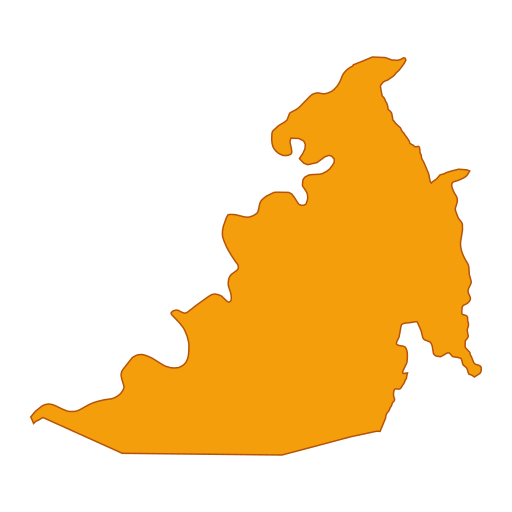 the district of Nichula, Geylegphug, Bhutan
{"feature_id": "84629894B33123696098059", "entity_name": "Nichula", "entity_type": "district", "adm_level": 2, "iso_a3": "BTN", "parent_name": "Bhutan", "parent_adm1": "Geylegphug", "projection": "natural_earth1", "projection_center": [89.979, 26.796], "detail": "fine", "context": "isolated", "style": "filled", "palette": "amber", "viewbox_px": 512, "rotation_deg": 0, "n_neighbors": 0, "source": "geoboundaries", "source_scale": "gbopen_adm2", "svg_char_len": 6060}
<svg xmlns="http://www.w3.org/2000/svg" viewBox="0 0 512 512"><path d="M372.4,57.0L362.4,61.2L353.3,64.8L352.7,66.1L350.1,67.4L347.5,69.3L345.1,71.6L343.1,74.2L342.1,76.2L340.5,80.4L338.9,83.4L337.1,86.2L334.1,89.4L331.6,91.4L327.6,93.1L324.5,93.8L322.5,93.7L318.3,92.9L316.2,93.0L313.1,94.0L311.3,95.1L308.9,97.4L300.5,106.0L298.2,108.2L295.4,110.0L290.7,112.4L289.8,113.1L289.3,114.0L287.3,119.4L286.8,120.3L284.2,122.3L279.6,125.0L277.8,126.3L273.0,130.8L272.4,131.7L271.9,133.8L271.7,139.6L272.0,143.0L272.8,146.3L273.8,148.3L275.8,151.0L278.2,153.1L280.1,154.2L283.1,155.4L285.2,155.6L288.3,155.3L290.4,154.4L291.2,153.6L291.7,152.8L291.8,151.7L291.3,148.2L290.1,142.6L290.0,141.5L290.9,138.2L299.0,138.5L303.7,141.0L305.3,144.2L305.0,148.6L303.0,153.2L299.4,158.6L301.7,161.1L304.0,163.3L307.7,164.7L317.0,162.6L324.9,156.8L328.9,155.4L331.6,156.1L334.2,159.0L334.2,162.2L332.6,165.1L329.6,169.0L325.9,171.9L325.0,172.1L323.1,173.3L320.1,174.2L312.1,174.6L308.9,175.0L305.2,176.9L303.7,178.6L303.1,179.6L302.8,180.6L302.4,185.2L302.7,186.2L305.8,190.8L306.9,192.8L307.5,195.0L307.7,198.4L307.2,200.6L306.1,203.8L305.3,204.5L304.4,205.0L303.4,205.3L301.3,205.3L299.3,204.5L298.5,203.9L294.3,197.3L292.3,194.7L291.6,193.9L288.7,192.4L277.2,192.2L274.0,192.4L266.4,196.1L263.0,198.8L261.4,200.4L260.8,201.3L259.9,203.3L259.3,205.5L258.7,208.9L257.7,212.1L257.1,213.0L256.3,213.7L253.6,215.5L249.6,217.0L247.5,217.2L244.4,216.9L235.2,214.6L229.9,214.4L227.9,214.9L226.3,217.9L223.3,226.4L222.5,230.9L222.4,234.3L222.6,236.5L223.2,238.7L224.4,241.9L226.5,246.9L228.9,251.3L231.8,256.1L235.5,261.6L237.5,264.2L238.0,265.2L238.4,267.4L238.2,268.5L237.2,270.1L232.0,273.9L230.4,275.4L229.3,277.4L228.6,279.5L228.2,282.9L228.3,285.2L228.5,286.3L230.3,291.7L231.1,295.0L231.3,298.4L231.2,299.5L230.9,300.6L230.2,301.5L229.3,302.1L228.3,302.1L226.5,300.8L221.8,296.3L220.9,295.7L218.0,294.6L214.9,294.0L213.8,294.1L211.8,294.6L210.8,295.1L208.1,296.8L196.7,305.0L187.3,312.3L185.4,313.1L184.3,313.1L181.3,312.0L178.5,310.5L177.5,310.2L176.5,310.1L175.4,310.2L173.4,310.8L172.4,311.4L171.1,312.8L171.2,313.8L171.7,314.7L179.3,322.7L181.4,325.3L183.4,327.9L184.5,329.9L185.4,331.9L187.1,336.1L187.7,338.3L188.5,341.6L188.9,343.8L188.9,347.2L188.7,352.9L188.2,356.3L187.7,358.5L186.3,361.6L185.1,363.4L183.5,364.9L181.7,366.1L179.8,367.1L178.8,367.5L174.6,368.0L170.5,367.7L165.4,366.2L162.6,364.7L152.5,358.4L149.7,357.0L146.7,355.8L143.7,354.8L141.6,354.5L138.5,354.7L136.4,355.3L133.6,356.8L131.9,358.1L123.0,369.4L121.8,371.3L121.2,373.5L121.1,375.7L121.8,379.1L123.8,385.6L124.0,386.7L123.9,387.8L123.1,390.0L121.3,392.7L119.8,394.3L117.2,396.3L114.4,397.8L111.4,398.8L104.1,399.8L97.9,401.3L93.9,402.5L89.0,404.6L79.7,409.8L76.7,411.0L74.6,411.4L70.4,411.5L68.3,411.3L67.3,411.1L62.4,409.1L54.7,405.4L51.7,404.4L48.6,404.0L46.5,404.3L44.4,404.8L41.6,406.3L35.7,411.1L34.9,411.9L30.7,417.0L32.3,420.3L33.6,423.5L35.7,421.4L38.4,420.2L42.9,417.5L122.2,453.3L282.0,455.0L351.0,436.7L376.7,431.2L380.1,431.4L385.5,418.3L385.9,415.7L386.6,413.7L388.9,410.8L390.5,407.1L391.5,405.9L391.9,404.3L392.5,402.8L394.4,400.6L394.6,398.9L393.9,397.1L393.6,395.6L393.5,393.6L393.8,391.3L394.5,389.4L395.5,388.9L399.1,389.1L400.1,388.7L400.9,388.0L404.6,382.2L404.8,381.2L405.4,379.9L406.4,378.6L406.8,375.8L407.5,372.9L403.5,373.5L402.6,372.8L402.9,371.0L406.7,363.1L407.0,362.0L407.3,358.6L407.4,355.2L407.3,352.9L406.9,350.7L406.1,348.6L405.5,347.6L404.8,346.8L402.8,346.1L399.7,345.6L397.6,345.0L396.7,344.3L396.4,343.3L396.6,342.1L398.1,339.1L399.0,337.1L399.9,332.6L401.1,325.9L401.5,324.8L402.2,324.1L403.2,323.6L405.3,323.1L410.5,322.6L415.7,321.7L416.8,321.7L417.5,322.5L421.1,330.7L422.7,337.3L423.2,338.3L423.8,339.2L424.7,339.9L429.6,341.8L430.5,342.4L431.6,344.3L432.3,346.5L433.4,353.2L433.8,354.2L435.4,355.7L437.4,356.3L440.6,356.7L443.4,355.2L447.1,353.0L449.2,352.9L450.7,354.4L452.1,356.1L452.9,356.7L458.1,357.5L460.1,358.1L461.1,358.6L461.9,360.7L462.7,364.0L463.2,365.0L466.5,367.8L467.4,369.8L468.0,372.0L468.8,374.1L469.7,374.5L471.8,375.1L474.4,377.0L479.8,373.5L480.5,372.6L480.9,371.6L481.2,370.5L481.3,368.2L481.0,367.1L480.5,366.2L478.6,365.1L475.7,364.4L474.6,363.6L473.7,362.5L471.2,356.2L470.2,354.8L470.0,352.9L469.5,352.0L466.0,348.4L465.1,346.9L465.2,342.5L465.4,340.6L466.6,339.3L467.8,337.5L468.3,336.1L467.8,334.0L467.2,329.9L467.3,329.1L468.3,326.4L468.5,325.2L468.4,323.4L467.6,320.2L467.6,317.4L466.8,316.0L466.0,315.5L463.0,314.6L462.1,314.0L461.7,313.0L461.8,310.7L462.2,307.3L462.6,306.3L463.3,305.4L466.2,304.0L468.0,302.8L469.5,301.2L470.0,300.2L470.4,299.1L470.4,298.0L470.1,296.9L468.3,292.8L468.1,291.7L468.1,290.5L468.6,288.4L470.6,284.3L471.0,283.3L471.2,282.2L471.1,281.0L469.3,274.5L468.9,267.7L468.5,265.5L467.6,263.4L465.3,259.6L463.3,255.6L461.7,251.4L460.9,248.1L460.6,245.8L460.5,242.4L462.5,230.1L462.4,224.4L462.1,223.3L461.6,222.4L458.9,218.9L457.8,216.9L455.5,210.6L455.3,208.3L456.7,204.0L457.2,201.8L457.4,200.7L457.2,198.4L456.4,196.3L454.1,192.5L453.2,190.5L452.0,187.3L451.7,185.0L451.8,183.9L452.3,182.9L453.1,182.1L454.0,181.6L457.1,180.8L461.0,179.2L463.9,177.8L465.7,176.6L467.2,175.1L469.7,171.0L467.5,170.1L466.5,169.8L458.7,169.2L450.7,171.2L446.1,172.7L444.4,173.7L440.0,174.9L437.4,178.0L435.8,179.5L432.0,182.2L431.4,183.1L430.3,181.8L430.0,180.7L428.9,174.7L428.3,172.9L424.2,163.1L421.7,158.4L421.1,154.8L420.4,153.6L419.9,151.7L419.9,150.1L419.3,147.0L418.2,146.3L416.0,146.8L415.0,146.7L413.0,145.1L409.9,143.4L409.3,141.2L406.9,137.5L404.3,134.1L403.8,133.0L402.8,132.2L401.3,129.9L400.5,127.9L397.3,125.0L395.2,122.8L394.3,121.4L392.8,120.0L392.6,118.0L391.7,113.3L391.0,112.1L389.7,110.7L388.0,109.3L387.9,106.8L386.8,103.3L385.6,101.3L385.3,100.4L384.3,98.2L382.4,96.1L381.9,94.7L380.4,86.5L380.7,85.2L382.9,82.4L384.8,81.1L387.6,80.1L393.4,76.1L394.9,74.6L395.8,73.2L398.9,70.4L400.3,68.7L400.8,68.0L404.2,63.4L405.9,60.1L405.0,58.0L403.3,57.9L400.8,59.4L398.3,60.1L396.4,60.4L395.2,60.1L391.8,60.0L386.0,57.8L384.4,57.5L372.4,57.0Z" fill="#f59e0b" stroke="#b45309" stroke-width="1.5"/></svg>